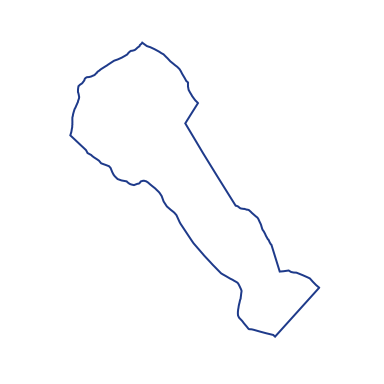 outline of Anse Galet, Anse-la-Raye, Saint Lucia, rotated 352°
{"feature_id": "8701671B94073395823663", "entity_name": "Anse Galet", "entity_type": "district", "adm_level": 2, "iso_a3": "LCA", "parent_name": "Saint Lucia", "parent_adm1": "Anse-la-Raye", "projection": "equal_earth", "projection_center": [-61.043, 13.932], "detail": "fine", "context": "isolated", "style": "outline", "palette": "blue", "viewbox_px": 384, "rotation_deg": 352, "n_neighbors": 0, "source": "geoboundaries", "source_scale": "gbopen_adm2", "svg_char_len": 4581}
<svg xmlns="http://www.w3.org/2000/svg" viewBox="0 0 384 384"><g transform="rotate(352 192 192)"><path d="M304.5,304.6L304.6,304.4L301.9,301.4L299.1,297.6L296.7,294.0L294.6,292.6L290.1,289.8L284.2,286.4L281.5,285.9L279.0,285.0L276.8,283.2L271.5,283.2L267.8,283.0L263.3,255.3L262.8,254.8L262.7,254.6L262.6,254.4L262.5,253.9L262.1,253.2L261.7,251.9L261.5,251.2L261.4,250.7L261.2,250.2L261.0,249.7L260.6,249.5L260.3,248.8L260.1,248.2L260.0,247.9L259.7,247.1L259.5,246.7L259.2,245.9L258.9,244.9L258.7,244.1L258.3,242.9L258.1,242.4L257.6,241.0L257.0,239.9L256.6,239.1L256.5,238.7L256.3,237.6L256.2,237.1L256.2,236.8L256.0,235.8L255.9,234.8L255.7,233.8L255.6,233.4L255.3,232.4L254.9,231.2L254.6,230.2L254.5,229.9L254.3,229.2L254.0,228.1L253.5,227.0L253.1,226.3L252.8,226.0L252.4,225.6L251.9,225.1L250.6,223.6L248.1,220.7L247.8,220.2L246.9,219.1L246.6,218.8L246.2,218.3L245.9,217.9L245.3,217.6L245.0,217.4L244.4,217.2L244.0,217.2L243.5,217.0L243.0,216.7L241.2,215.9L240.6,215.9L239.7,215.6L239.0,215.4L238.1,215.1L237.4,214.7L236.5,213.8L236.2,213.4L235.4,212.6L235.2,212.5L234.9,212.3L234.3,212.0L233.9,211.8L233.6,211.6L233.3,211.6L219.2,179.9L208.3,155.0L204.7,146.4L194.9,123.1L201.0,115.8L210.3,104.8L210.2,104.6L210.0,104.3L209.6,103.8L208.8,102.7L208.3,102.1L208.0,101.7L207.8,101.3L207.0,99.9L206.9,99.7L206.1,98.2L205.8,97.6L205.5,97.1L205.0,95.7L204.0,93.4L203.2,91.3L203.0,90.8L202.9,90.6L202.9,90.3L202.8,89.5L202.8,88.2L202.7,87.4L202.7,87.0L202.8,86.2L202.9,85.8L203.0,84.5L203.1,84.1L203.3,83.4L203.2,82.9L203.1,82.7L202.6,82.2L202.3,81.8L201.8,81.3L200.9,78.9L200.6,78.1L198.7,73.6L197.7,70.7L196.7,68.5L194.8,66.0L194.5,65.7L192.8,64.0L191.0,62.0L190.4,61.4L189.6,60.5L188.8,59.7L186.1,55.8L185.5,55.1L184.6,53.9L182.9,51.6L182.4,51.3L181.2,50.4L180.2,49.6L180.1,49.4L179.1,48.6L178.9,48.4L174.7,45.3L170.7,42.7L170.0,42.4L167.6,41.2L164.7,38.4L164.2,37.9L164.0,37.7L163.8,37.5L163.5,37.2L162.9,37.9L160.8,39.3L160.3,40.3L158.2,41.4L157.1,42.2L156.2,42.8L155.1,43.4L154.8,43.5L153.3,43.7L152.3,43.8L152.0,43.8L151.3,43.7L150.4,44.1L150.0,44.3L149.1,44.9L148.6,45.3L148.4,45.4L147.2,46.6L147.0,46.8L144.4,47.9L141.8,48.9L141.4,49.1L136.9,50.4L133.8,51.0L133.0,51.2L132.8,51.3L131.7,51.8L128.3,53.4L126.4,54.3L124.9,55.1L124.3,55.3L119.2,57.6L117.7,58.4L117.6,58.6L116.0,59.4L115.5,59.6L114.8,60.2L114.6,60.3L114.3,60.8L113.9,61.0L113.4,61.3L113.2,61.4L112.7,61.9L112.4,62.2L110.9,62.9L109.7,63.1L108.6,63.5L108.2,63.6L107.1,63.7L106.6,63.8L105.9,63.8L105.1,63.8L104.6,63.7L104.3,63.7L103.9,63.7L102.6,64.2L101.7,64.9L101.3,65.5L101.1,66.0L100.9,66.5L100.5,66.9L99.6,67.8L98.9,68.5L98.6,68.8L98.4,69.0L98.1,69.2L97.2,69.6L96.2,70.1L95.9,70.2L95.4,70.6L94.8,71.1L94.4,71.3L94.0,72.3L93.8,73.1L93.5,74.1L93.3,75.0L93.2,75.9L93.0,77.0L93.0,77.3L93.2,78.0L93.4,80.1L93.4,81.1L93.5,82.3L93.2,83.2L93.1,83.6L92.6,84.6L91.9,85.9L91.5,87.1L91.2,87.5L90.1,89.3L89.2,90.7L88.7,91.6L88.1,92.5L87.7,93.0L87.2,93.7L85.9,96.5L85.0,98.6L84.9,99.0L84.4,100.5L84.0,101.3L83.9,101.7L83.6,103.6L83.5,104.3L83.3,106.1L83.0,107.7L83.0,108.3L82.8,109.0L82.6,109.7L82.5,110.5L82.4,111.1L81.9,112.5L81.3,114.4L80.8,115.9L80.7,116.1L80.4,116.7L80.2,117.2L79.6,118.5L79.4,119.0L92.9,135.8L94.0,138.9L97.4,141.4L98.2,142.5L99.6,143.9L99.8,144.1L102.7,146.6L104.3,148.1L106.0,150.9L108.2,152.1L110.3,153.2L113.4,154.9L113.8,155.5L114.7,156.8L115.8,161.2L115.9,161.5L116.8,164.1L117.1,164.5L117.6,165.5L120.1,168.8L123.7,170.7L128.8,172.4L129.5,173.4L131.2,175.1L132.3,175.8L133.4,176.3L135.5,177.1L139.0,176.3L140.1,176.3L141.0,176.1L141.5,175.7L141.9,175.3L142.8,174.4L144.8,174.1L145.0,174.1L145.3,174.2L145.9,174.1L148.2,175.1L149.8,176.5L151.6,178.6L153.9,181.1L154.2,181.4L154.4,181.6L156.1,183.4L156.9,184.5L159.1,187.3L159.8,188.4L161.4,191.8L162.6,197.5L165.1,202.8L168.5,206.7L171.0,209.3L171.8,210.3L172.9,212.0L173.4,212.8L175.5,219.9L176.2,221.8L184.8,239.8L186.4,243.0L195.3,256.8L202.7,267.4L209.5,276.6L211.1,277.9L213.6,279.8L217.9,283.2L220.0,284.6L221.3,285.7L222.9,286.9L223.9,287.7L224.6,288.4L225.2,289.6L225.6,290.7L226.1,292.2L226.4,293.2L227.1,295.5L227.1,295.8L227.2,296.2L227.3,296.6L227.2,297.4L226.7,299.0L226.0,301.7L225.5,303.5L225.3,304.4L224.6,305.6L223.6,308.3L223.1,309.5L222.7,310.6L222.4,311.4L222.0,312.8L221.8,313.5L221.4,314.6L220.8,317.0L220.5,318.8L220.4,320.7L221.1,323.0L221.4,323.4L222.1,324.4L223.2,325.9L224.0,327.1L224.9,328.8L226.0,330.6L227.4,332.8L228.4,334.5L228.8,335.2L229.2,335.6L229.5,335.8L232.0,336.3L233.8,337.0L240.6,340.0L245.8,342.2L252.6,344.9L254.1,346.8L259.5,342.3L304.5,304.6Z" fill="none" stroke="#1e3a8a" stroke-width="2"/></g></svg>